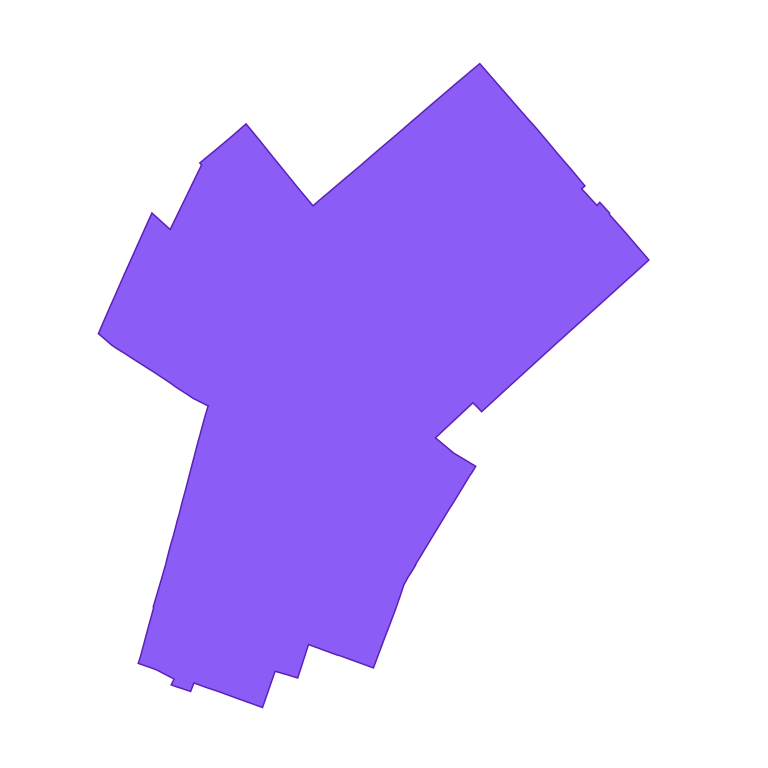 Bradeanu, Buzau, Romania, rotated 173°
{"feature_id": "2599482B91105412745830", "entity_name": "Bradeanu", "entity_type": "district", "adm_level": 2, "iso_a3": "ROU", "parent_name": "Romania", "parent_adm1": "Buzau", "projection": "albers", "projection_center": [26.862, 44.9], "detail": "fine", "context": "isolated", "style": "filled", "palette": "violet", "viewbox_px": 768, "rotation_deg": 173, "n_neighbors": 0, "source": "geoboundaries", "source_scale": "gbopen_adm2", "svg_char_len": 2878}
<svg xmlns="http://www.w3.org/2000/svg" viewBox="0 0 768 768"><g transform="rotate(173 384 384)"><path d="M539.9,625.8L539.2,624.9L538.4,623.6L538.6,623.3L547.0,610.4L577.4,563.4L593.5,582.0L599.0,573.0L625.9,528.6L626.8,527.1L628.2,524.9L629.0,523.4L629.5,522.6L640.1,504.7L646.7,493.8L650.6,487.1L657.7,475.1L660.9,469.5L661.4,468.8L660.0,467.3L656.4,463.4L651.5,457.9L650.6,456.9L649.6,455.8L644.7,451.5L638.1,446.3L630.4,439.8L624.8,435.2L617.2,428.9L610.9,423.8L607.4,420.8L605.8,419.4L603.0,417.0L596.2,411.2L590.8,406.2L589.8,405.4L586.4,402.5L582.4,399.2L575.4,393.2L574.9,392.8L561.3,383.7L561.2,383.7L564.8,375.6L568.1,367.7L571.2,360.1L572.3,357.2L575.9,348.7L580.9,336.0L584.2,327.7L594.5,301.6L598.5,292.0L600.5,286.8L602.7,281.0L606.2,272.8L608.2,267.5L611.4,259.5L613.3,255.1L616.0,248.9L622.1,233.3L622.2,232.7L625.2,225.7L628.8,217.2L633.2,207.1L638.2,195.5L640.2,191.0L640.0,189.9L640.4,188.8L649.2,167.4L651.7,161.2L652.5,159.1L652.9,158.2L653.1,157.7L654.5,154.2L656.6,149.0L659.0,143.1L660.5,139.8L660.9,139.0L661.1,138.6L661.7,137.4L661.8,137.0L662.0,136.7L659.5,135.4L652.3,131.9L650.6,131.1L644.5,127.9L639.8,124.7L633.0,120.0L628.3,116.8L631.9,111.3L625.8,108.2L622.6,106.8L613.4,102.4L609.1,110.4L595.9,103.7L587.6,99.8L581.7,96.9L581.3,96.6L566.8,89.2L544.0,77.7L527.1,112.1L515.3,107.1L505.5,102.7L504.7,104.4L504.2,105.5L501.8,110.6L490.7,134.6L475.7,126.9L462.8,120.3L461.5,120.0L429.1,103.5L413.3,133.8L406.7,146.1L405.7,148.1L401.0,157.0L399.5,160.0L397.9,163.2L397.8,163.5L394.7,169.7L391.3,176.8L390.2,179.3L389.3,181.0L388.8,182.2L388.1,183.1L387.5,184.0L385.9,186.1L383.7,189.3L382.4,190.9L380.4,193.1L374.6,200.5L375.0,200.7L366.8,210.9L366.1,211.9L332.8,254.1L332.0,254.8L327.4,260.6L322.8,266.4L316.7,274.1L314.2,277.3L311.4,280.9L309.2,283.6L309.1,283.8L308.2,284.4L307.1,285.9L306.6,286.5L305.6,287.8L305.1,288.4L303.6,290.3L303.0,291.1L305.0,292.7L308.2,295.2L323.2,306.9L339.5,324.3L298.3,354.3L298.1,354.5L295.9,351.8L294.4,349.9L294.0,349.4L290.5,344.6L266.6,361.7L218.8,395.6L207.5,403.6L163.4,434.4L163.0,434.7L128.6,458.9L123.7,462.2L106.0,474.8L107.2,476.7L113.1,485.5L126.2,505.3L139.7,524.9L139.3,526.2L142.5,530.7L147.7,538.0L150.9,535.3L164.0,553.6L160.4,556.1L166.3,565.2L173.2,576.0L178.5,583.8L180.9,587.4L181.7,588.6L182.0,589.0L191.8,604.2L203.0,621.3L203.5,622.0L208.0,628.3L214.4,637.7L232.4,664.4L249.9,690.3L260.2,683.7L264.4,680.9L274.5,674.4L293.8,661.6L300.3,657.3L306.8,653.0L309.8,651.0L318.7,645.0L324.9,641.0L329.1,638.1L331.1,636.8L335.7,633.6L355.2,620.8L368.2,612.2L381.5,603.2L396.6,593.4L402.4,589.6L414.1,581.9L418.6,578.9L419.9,578.1L425.1,574.7L430.1,571.3L432.8,569.6L443.6,586.2L450.7,597.5L460.9,613.8L469.9,628.2L475.3,637.0L476.4,638.8L484.6,651.7L489.2,659.0L504.4,648.7L512.5,643.4L520.7,638.1L523.5,636.3L531.7,631.1L539.9,625.8Z" fill="#8b5cf6" stroke="#5b21b6" stroke-width="1.5"/></g></svg>